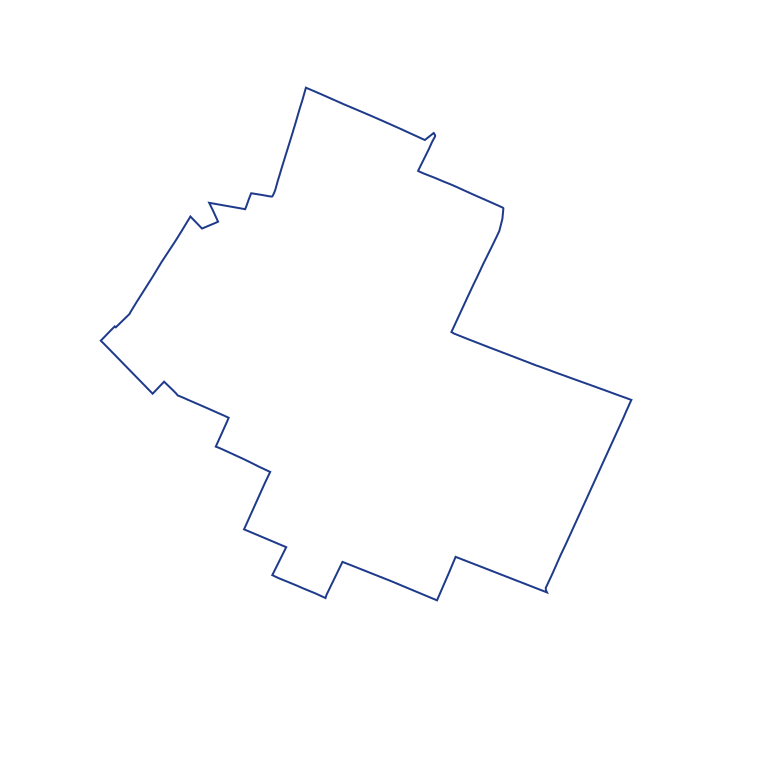 Giubega, Dolj, Romania, rotated 134°
{"feature_id": "2599482B62165457111039", "entity_name": "Giubega", "entity_type": "district", "adm_level": 2, "iso_a3": "ROU", "parent_name": "Romania", "parent_adm1": "Dolj", "projection": "equal_earth", "projection_center": [23.399, 44.159], "detail": "fine", "context": "isolated", "style": "outline", "palette": "blue", "viewbox_px": 768, "rotation_deg": 134, "n_neighbors": 0, "source": "geoboundaries", "source_scale": "gbopen_adm2", "svg_char_len": 2266}
<svg xmlns="http://www.w3.org/2000/svg" viewBox="0 0 768 768"><g transform="rotate(134 384 384)"><path d="M549.6,616.6L549.6,613.7L550.6,580.1L551.7,543.7L535.1,543.8L535.1,531.2L535.2,527.2L535.5,524.4L534.3,521.5L532.6,517.0L531.5,513.9L524.6,495.5L520.4,484.0L518.3,478.3L516.2,472.3L520.0,470.8L545.9,461.5L544.8,459.0L543.6,455.8L540.5,447.0L537.8,439.3L535.9,433.9L533.2,425.7L530.7,417.6L527.7,408.8L526.3,404.8L537.7,401.0L585.8,383.7L569.3,341.0L598.4,331.8L599.1,331.6L597.0,325.3L589.5,306.5L587.3,300.5L582.2,287.7L578.6,277.4L575.6,278.9L540.8,290.3L521.3,243.0L502.8,195.6L474.0,206.4L458.6,212.4L420.7,122.0L420.4,122.8L419.9,124.1L419.4,124.8L418.5,125.8L417.8,126.2L416.5,126.6L403.4,131.1L384.1,138.2L372.8,142.0L323.0,159.6L294.3,169.8L242.5,188.1L239.6,189.2L235.4,190.8L232.8,191.7L227.9,193.5L223.6,195.0L223.9,195.6L226.3,201.1L228.7,206.3L233.8,217.9L238.5,228.4L242.8,238.0L245.7,244.4L249.2,252.2L255.2,265.6L257.5,270.8L259.3,275.0L261.0,278.8L262.5,282.2L264.1,285.7L264.8,287.1L271.8,303.7L284.1,332.6L290.8,348.6L293.5,355.0L299.0,368.4L299.8,371.6L264.2,384.0L249.6,389.0L244.6,390.6L240.1,392.1L228.8,396.0L223.7,397.6L217.1,399.7L209.6,402.1L202.3,404.5L196.9,406.3L193.7,407.4L182.9,413.6L177.5,417.9L174.8,420.1L174.6,420.4L174.6,420.6L174.6,420.9L176.2,425.5L180.2,436.5L184.0,446.7L186.9,454.7L191.8,468.5L193.6,473.4L195.0,477.0L196.6,480.8L198.7,486.3L201.1,492.4L203.1,497.1L205.0,501.7L206.6,506.0L207.0,507.5L206.5,507.7L203.1,508.8L183.6,515.0L177.8,517.1L175.3,517.9L173.1,518.5L170.9,519.1L170.3,519.3L169.7,519.9L169.5,520.4L168.9,522.4L168.9,522.6L180.1,524.1L190.7,554.1L199.9,579.1L210.8,607.5L219.4,631.0L225.1,646.0L236.5,639.9L244.3,636.0L258.2,628.7L268.1,623.6L300.6,607.2L305.2,604.8L311.9,601.4L319.8,597.1L322.8,595.8L324.6,595.2L326.0,594.8L326.7,594.7L327.2,595.0L328.3,596.4L331.5,601.2L333.2,603.7L339.0,612.0L339.7,611.8L345.2,609.5L351.1,606.8L354.7,605.3L357.5,609.5L375.1,635.6L377.7,628.4L381.7,618.2L382.5,616.1L384.1,616.7L391.8,620.0L398.6,622.9L398.0,639.6L414.7,635.8L426.0,633.4L450.9,628.7L467.2,625.0L488.0,620.7L497.3,618.8L508.5,616.3L510.4,615.7L513.8,615.8L519.1,616.0L529.5,616.3L529.6,617.7L534.6,617.8L549.6,617.8L549.6,616.6Z" fill="none" stroke="#1e3a8a" stroke-width="2"/></g></svg>